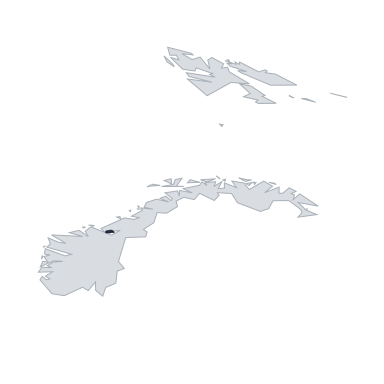 Leksvik nor, Nord-Trøndelag, Norway (highlighted), rotated 17°
{"feature_id": "86288312B18115078768764", "entity_name": "Leksvik nor", "entity_type": "district", "adm_level": 2, "iso_a3": "NOR", "parent_name": "Norway", "parent_adm1": "Nord-Trøndelag", "projection": "robinson", "projection_center": [10.469, 63.661], "detail": "fine", "context": "in_parent", "style": "filled", "palette": "slate", "viewbox_px": 384, "rotation_deg": 17, "n_neighbors": 0, "source": "geoboundaries", "source_scale": "gbopen_adm2", "svg_char_len": 4675}
<svg xmlns="http://www.w3.org/2000/svg" viewBox="0 0 384 384"><g transform="rotate(17 192 192)"><path d="M230.3,181.9L216.5,185.2L218.9,187.3L215.8,193.6L199.6,191.1L196.4,198.6L185.6,199.5L179.5,205.4L182.4,210.2L173.9,219.7L164.7,221.9L164.5,232.5L156.5,241.9L160.8,243.4L160.8,248.4L141.9,255.0L142.0,280.0L149.6,284.9L143.6,289.5L145.8,301.5L137.4,308.5L137.1,317.7L128.6,314.2L126.0,306.2L121.6,316.6L115.1,315.1L100.2,328.5L87.8,330.2L72.3,320.5L73.4,316.5L78.5,318.5L81.4,316.7L76.4,315.3L82.0,309.0L68.5,313.6L70.5,307.8L80.1,305.4L75.1,304.8L79.5,299.8L88.6,296.1L79.7,298.3L68.8,307.9L69.7,301.7L74.8,301.3L69.2,297.0L74.6,293.7L69.1,294.4L68.2,289.1L89.2,290.2L95.1,286.8L69.3,287.1L71.8,283.1L67.8,277.9L78.9,279.1L86.3,278.0L70.2,274.1L100.5,266.5L86.7,266.7L95.3,261.6L105.9,265.0L101.3,260.8L105.6,254.9L127.6,256.8L134.6,249.6L120.5,256.1L115.6,253.5L134.9,236.6L145.0,235.0L149.0,232.0L141.2,232.8L149.9,224.1L147.5,222.3L159.7,219.8L150.7,220.6L151.5,215.4L160.1,209.3L172.7,208.3L163.3,207.4L168.2,203.6L174.4,206.4L175.2,204.2L166.5,200.6L177.9,195.2L181.0,199.6L179.7,194.1L192.6,192.7L182.5,191.4L197.2,183.4L198.5,179.4L204.3,181.4L201.8,179.2L211.6,175.2L211.6,180.0L217.5,173.4L216.1,181.1L221.9,178.8L220.3,173.8L233.2,174.8L226.9,169.9L239.1,168.2L246.0,172.9L257.5,160.6L267.3,162.9L261.7,171.4L273.9,161.8L275.6,167.8L279.2,166.6L283.7,159.6L291.3,161.0L287.3,164.6L290.8,164.7L291.0,169.7L295.6,162.3L316.7,168.6L296.7,171.0L306.2,175.9L318.0,177.1L300.7,185.1L303.3,179.4L301.1,176.9L287.2,171.9L272.1,176.6L270.2,185.5L263.1,190.6L238.7,189.0L230.3,181.9ZM171.7,57.6L184.8,60.2L183.9,64.8L189.6,62.4L192.3,66.1L215.4,71.8L197.3,75.8L178.3,95.5L154.6,85.3L179.0,81.1L155.3,82.4L151.7,79.6L180.7,75.4L174.6,74.4L177.2,72.7L159.8,72.0L159.5,75.4L147.2,77.3L132.1,69.5L140.7,69.5L137.1,65.8L130.8,67.6L126.4,60.7L151.0,59.6L152.9,60.6L141.8,62.7L153.4,65.3L160.3,60.6L173.3,69.2L168.5,61.2L171.7,57.6ZM199.5,53.8L220.8,57.6L226.0,53.9L228.5,54.3L227.3,56.4L237.4,54.9L261.0,59.1L235.9,66.9L204.0,63.6L200.1,62.5L209.0,60.8L192.1,60.6L188.1,58.8L192.9,57.7L185.2,56.8L196.8,57.0L195.2,55.1L200.0,56.0L199.5,53.8ZM217.5,73.4L233.6,78.3L231.1,80.0L246.5,82.6L229.6,87.9L226.4,87.4L228.2,84.8L213.4,85.9L218.9,80.8L206.1,74.7L217.5,73.4ZM175.3,191.0L182.7,189.0L161.1,195.7L172.0,190.3L172.4,184.9L178.4,181.9L175.3,191.0ZM186.6,180.8L196.8,180.4L185.0,184.5L186.6,180.8ZM196.5,177.8L210.7,172.5L203.3,178.0L196.5,177.8ZM125.4,70.0L136.0,75.2L138.5,77.4L130.1,74.9L125.4,70.0ZM168.2,185.4L170.1,190.3L162.0,189.1L168.2,185.4ZM245.5,162.9L240.2,166.2L232.3,164.8L241.2,164.2L245.5,162.9ZM246.8,165.3L244.7,169.1L241.3,168.1L246.8,165.3ZM151.9,196.1L159.7,195.0L151.3,198.2L151.9,196.1ZM312.0,56.3L295.4,57.1L312.5,56.1L312.0,56.3ZM274.0,69.3L284.0,70.0L269.2,70.6L274.0,69.3ZM262.6,160.3L268.3,159.5L270.3,160.2L262.6,160.3ZM250.5,164.3L249.6,166.4L247.8,164.6L250.5,164.3ZM220.3,169.9L220.4,172.0L218.1,171.3L220.3,169.9ZM202.0,118.6L201.4,120.6L198.6,119.0L202.0,118.6ZM262.2,72.3L257.6,72.0L257.0,71.3L262.2,72.3ZM130.2,236.6L131.8,238.5L127.4,238.0L130.2,236.6ZM210.3,169.5L213.3,170.3L215.1,171.5L210.3,169.5ZM188.0,54.9L190.0,55.9L187.0,55.5L188.0,54.9ZM107.7,253.6L102.7,253.8L108.0,252.7L107.7,253.6ZM100.5,256.7L98.6,258.3L97.8,257.4L100.5,256.7ZM150.0,198.7L147.4,200.4L150.2,197.5L150.0,198.7ZM68.2,297.7L67.6,300.3L67.3,296.9L68.2,297.7ZM145.4,222.7L144.3,221.2L145.8,221.3L145.4,222.7ZM307.2,173.9L306.8,175.7L306.5,175.3L307.2,173.9ZM146.8,224.0L144.0,224.3L147.4,223.7L146.8,224.0ZM138.6,227.3L138.9,228.7L137.5,228.3L138.6,227.3ZM67.3,286.9L66.0,288.5L66.3,287.2L67.3,286.9Z" fill="#d9dde1" stroke="#a8b0b8" stroke-width="1"/><path d="M126.6,252.4L126.3,252.4L126.2,252.4L126.0,252.5L125.8,252.6L125.6,252.6L125.2,252.7L124.9,252.9L124.7,252.9L124.6,253.0L124.4,253.1L124.2,253.3L123.7,253.6L123.2,253.8L122.7,254.0L122.3,254.2L122.2,254.2L122.2,254.3L122.1,254.5L121.9,254.6L121.7,254.8L121.6,255.0L121.4,255.1L121.4,255.3L121.5,255.3L121.4,255.5L121.5,255.6L121.6,255.8L121.8,255.9L122.0,255.8L122.0,255.7L122.3,255.6L122.5,255.6L122.8,255.5L123.0,255.5L123.3,255.4L123.5,255.3L123.8,255.3L124.0,255.3L124.2,255.2L124.3,255.1L124.5,255.1L124.6,254.9L124.8,254.9L125.0,254.8L125.2,254.7L125.3,254.7L125.5,254.6L125.8,254.5L125.9,254.4L126.0,254.4L126.1,254.2L126.3,254.0L126.5,254.0L126.6,253.9L126.8,253.9L127.0,253.8L127.0,253.7L127.3,253.7L127.5,253.6L127.8,253.5L128.0,253.5L128.2,253.4L128.3,253.4L128.5,253.4L128.4,253.3L128.4,253.2L128.5,253.1L128.4,252.9L128.2,252.8L127.9,252.7L127.7,252.6L127.4,252.7L127.2,252.7L127.3,252.7L127.1,252.5L126.7,252.4L126.6,252.4Z" fill="#64748b" stroke="#1e293b" stroke-width="1.5"/></g></svg>